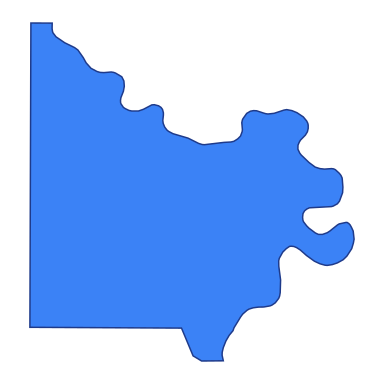 Doniphan, Kansas, United States of America (Albers equal-area conic projection)
{"feature_id": "52423323B86615005199408", "entity_name": "Doniphan", "entity_type": "district", "adm_level": 2, "iso_a3": "USA", "parent_name": "United States of America", "parent_adm1": "Kansas", "projection": "albers", "projection_center": [-95.019, 39.808], "detail": "fine", "context": "isolated", "style": "filled", "palette": "blue", "viewbox_px": 384, "rotation_deg": 0, "n_neighbors": 0, "source": "geoboundaries", "source_scale": "gbopen_adm2", "svg_char_len": 2243}
<svg xmlns="http://www.w3.org/2000/svg" viewBox="0 0 384 384"><path d="M263.7,113.1L256.7,110.8L253.6,110.6L250.4,111.2L246.7,113.4L242.9,118.8L242.3,120.2L241.8,122.7L242.4,129.7L242.2,131.5L240.5,136.1L237.7,138.9L233.9,141.3L230.9,142.0L223.9,142.4L204.4,144.7L202.1,144.5L198.6,143.4L188.0,138.1L173.0,133.7L168.6,131.4L167.0,130.1L164.7,127.1L163.2,123.4L162.8,120.4L163.4,115.1L163.4,112.8L162.5,109.4L161.0,107.4L158.6,105.8L154.3,104.7L151.8,104.9L143.4,109.3L138.5,111.0L131.7,111.0L128.9,110.4L125.2,108.6L123.4,107.4L120.9,103.7L120.6,102.6L120.5,100.4L120.9,97.7L123.4,91.3L124.3,86.3L123.9,81.0L121.8,76.8L115.6,73.1L113.7,72.4L111.2,72.0L103.9,72.6L100.1,72.4L97.0,71.5L91.0,68.3L86.1,62.8L83.3,57.7L77.9,50.0L74.6,47.6L64.6,42.7L56.0,36.8L52.9,32.7L52.5,31.3L52.1,28.6L52.2,23.1L30.9,23.0L29.9,327.3L181.5,328.1L193.1,355.9L201.6,361.0L223.3,360.8L222.1,355.2L222.2,352.3L223.3,347.6L225.9,341.0L229.2,335.3L233.0,330.7L234.0,327.8L240.7,316.8L242.7,314.1L247.0,310.3L249.0,309.1L253.2,307.8L258.4,307.1L263.7,307.0L270.0,305.9L271.8,305.2L275.3,302.8L278.7,298.4L279.6,296.1L280.2,292.7L280.6,280.0L278.8,266.2L278.7,260.8L279.3,258.3L282.7,252.2L286.2,248.7L289.5,246.4L291.2,246.2L293.9,246.5L296.6,247.6L300.3,250.0L306.5,255.5L314.4,261.2L320.0,263.8L325.0,265.2L327.2,265.4L332.3,264.6L337.4,262.9L343.2,259.7L346.9,256.1L351.7,248.7L353.4,243.0L354.0,239.5L354.1,239.3L353.2,231.1L351.5,227.4L350.1,224.9L348.8,223.5L347.2,222.5L346.1,222.4L339.2,223.9L337.5,224.9L331.0,230.1L330.9,230.2L330.8,230.3L330.7,230.4L330.0,230.9L329.9,231.0L327.3,232.7L322.5,234.4L318.4,234.4L315.4,233.0L309.0,228.2L306.7,225.9L303.6,221.9L302.9,220.2L302.6,217.3L303.0,213.6L304.6,210.8L306.7,209.1L309.4,207.8L331.4,206.6L333.2,206.1L337.4,203.8L339.5,201.1L342.6,192.7L342.9,187.1L342.4,180.7L342.4,180.4L342.1,177.9L341.0,175.5L339.4,173.4L335.4,169.7L333.7,168.9L331.6,168.6L324.5,169.1L319.9,168.6L315.2,167.1L309.0,162.5L301.3,155.1L299.8,153.2L297.9,149.2L298.0,145.2L299.2,142.3L300.5,140.1L305.4,135.1L307.4,131.8L308.2,128.4L308.2,125.1L307.8,123.3L306.7,121.0L303.3,116.9L297.0,112.7L291.9,110.6L286.7,109.6L283.9,110.1L274.2,113.3L268.0,114.0L265.8,113.7L263.7,113.1Z" fill="#3b82f6" stroke="#1e3a8a" stroke-width="1.5"/></svg>